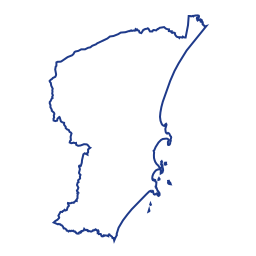 Mueang Prachuap Khiri Khan, Prachuap Khiri Khan, Thailand
{"feature_id": "78962969B124127950109", "entity_name": "Mueang Prachuap Khiri Khan", "entity_type": "district", "adm_level": 2, "iso_a3": "THA", "parent_name": "Thailand", "parent_adm1": "Prachuap Khiri Khan", "projection": "natural_earth1", "projection_center": [99.773, 11.859], "detail": "fine", "context": "isolated", "style": "outline", "palette": "blue", "viewbox_px": 256, "rotation_deg": 0, "n_neighbors": 0, "source": "geoboundaries", "source_scale": "gbopen_adm2", "svg_char_len": 5768}
<svg xmlns="http://www.w3.org/2000/svg" viewBox="0 0 256 256"><path d="M56.4,62.4L56.4,65.8L55.7,66.6L55.2,69.5L56.1,74.3L56.0,75.2L55.3,76.8L52.8,78.0L52.1,78.9L50.7,79.8L49.6,81.0L50.1,82.1L50.8,82.9L51.2,85.6L52.7,88.7L52.3,90.2L52.5,91.5L52.2,93.7L52.9,95.2L52.2,96.9L52.6,98.0L51.8,98.5L50.5,101.2L49.8,101.9L49.7,103.3L50.5,105.2L50.4,107.2L51.7,109.5L51.8,110.8L53.8,112.5L54.3,113.4L54.3,114.3L53.8,115.3L54.1,117.6L53.5,118.6L53.6,120.5L55.3,121.1L57.1,120.6L57.5,118.7L59.3,117.0L59.7,117.3L60.9,121.4L62.5,122.4L64.1,122.8L64.1,124.8L65.7,126.8L65.7,128.1L67.4,129.6L68.7,129.9L69.6,131.9L70.8,132.5L71.5,133.4L70.6,136.8L70.9,140.1L70.0,141.1L69.7,142.5L71.2,143.2L73.1,142.9L73.9,142.2L73.7,142.7L75.4,143.2L76.0,143.0L76.2,144.8L78.1,145.8L80.5,145.5L84.0,144.2L86.8,144.4L88.0,145.3L89.6,147.5L90.2,147.8L88.1,149.4L88.1,152.3L87.4,153.3L87.2,153.3L87.4,154.6L84.7,153.3L83.4,154.3L82.0,160.2L81.8,162.7L80.9,165.7L80.7,166.0L79.4,165.6L79.1,165.9L79.0,166.7L79.5,167.5L79.9,169.2L79.0,172.7L79.2,173.5L80.5,174.9L79.9,176.4L80.1,178.3L79.5,179.1L78.2,180.2L78.1,180.9L78.6,182.1L77.6,182.8L77.0,185.0L78.4,187.7L77.6,189.8L76.9,190.4L77.0,191.0L78.2,192.6L77.7,192.7L77.3,193.2L77.8,194.2L77.5,195.4L77.5,198.2L76.7,199.4L76.7,200.9L75.8,200.6L75.5,201.2L74.1,202.1L73.8,202.8L71.8,202.7L71.2,203.1L69.6,203.3L68.0,203.0L67.9,203.5L68.9,205.8L67.6,207.3L66.8,210.0L65.3,210.5L64.6,209.8L63.5,210.9L62.8,211.1L62.2,212.0L61.0,211.8L60.5,211.9L58.4,215.7L59.2,217.3L59.0,218.1L57.5,219.7L55.3,221.0L53.7,222.5L57.9,224.3L58.9,223.9L59.4,224.3L60.4,224.3L61.0,225.1L62.1,225.5L63.0,226.7L63.7,228.4L64.6,228.3L66.3,229.5L66.7,230.6L67.7,230.7L68.5,231.5L69.8,230.7L70.8,231.2L71.7,230.7L72.7,231.0L73.4,230.7L74.1,231.5L75.0,231.5L75.2,232.0L76.1,232.5L76.3,233.2L77.2,233.6L78.3,233.6L78.2,233.3L79.4,232.3L80.3,232.8L80.7,232.7L81.1,232.2L80.9,231.4L81.6,231.0L82.1,231.2L82.6,230.8L83.6,230.6L84.2,228.9L84.8,229.6L86.1,230.2L86.8,229.8L87.7,230.1L88.0,230.6L87.9,231.1L88.2,231.3L89.6,231.1L90.6,231.5L91.5,231.5L92.7,230.8L92.9,230.4L93.8,230.5L94.3,229.8L95.3,229.9L95.7,229.4L96.7,230.1L97.0,230.7L97.7,230.7L98.1,230.4L98.4,230.8L98.6,231.6L97.7,232.6L97.7,233.1L98.6,233.0L98.8,234.1L100.7,234.0L101.5,236.0L102.1,236.4L103.0,236.3L103.2,235.8L103.8,235.9L103.9,235.3L106.9,235.6L108.1,236.1L108.0,235.4L109.0,235.1L109.1,234.4L109.4,234.4L109.6,234.9L112.1,236.8L112.5,238.1L113.6,238.0L114.2,240.6L115.6,237.3L116.9,235.0L116.6,234.1L118.6,227.7L123.0,220.3L127.4,214.5L131.7,209.3L146.3,194.3L149.2,191.5L150.4,190.9L150.8,190.8L151.0,191.6L151.6,191.9L152.8,190.9L153.1,191.2L153.1,192.2L153.9,194.2L154.8,194.6L157.0,193.3L157.9,194.0L157.3,195.8L157.7,195.4L158.3,195.8L158.5,195.5L158.9,195.7L159.6,195.0L159.5,193.2L158.0,191.0L157.6,190.9L156.6,188.1L156.3,188.1L156.3,187.5L155.6,186.9L155.6,186.4L156.1,186.1L156.4,182.3L155.6,181.7L155.2,180.0L154.6,179.8L154.2,180.3L153.7,179.7L153.2,180.3L152.8,180.1L152.3,178.9L152.3,177.5L152.5,176.0L153.3,173.9L154.6,171.9L155.9,170.4L157.9,169.4L160.8,169.5L161.1,170.5L160.7,172.0L160.7,173.5L162.4,172.5L163.1,170.4L163.0,169.0L162.6,167.4L162.0,166.9L161.6,167.0L160.8,168.2L159.6,167.8L158.4,165.7L156.6,164.0L155.3,162.0L154.6,160.2L154.0,157.9L153.9,155.0L154.1,152.3L153.6,150.8L154.3,150.2L155.6,147.1L158.5,142.5L161.1,139.9L162.8,139.0L166.3,138.6L167.5,138.8L168.3,139.4L168.8,140.1L167.9,142.0L168.0,144.7L168.3,145.0L169.4,144.8L170.1,143.7L170.2,142.3L170.8,140.8L170.6,139.6L171.2,137.5L171.0,136.6L170.3,135.9L169.2,133.6L168.0,132.9L167.1,133.6L166.2,132.9L165.7,132.0L165.3,129.0L166.5,124.8L166.3,124.1L166.1,123.8L165.1,124.6L164.8,126.0L163.5,125.7L162.4,124.9L161.6,123.7L160.5,120.7L160.0,116.8L160.4,112.5L161.4,107.0L162.8,101.7L170.2,80.9L174.5,71.0L178.6,63.4L186.6,50.5L206.4,26.0L204.6,26.5L204.1,25.4L203.1,24.9L202.5,24.0L202.9,23.2L202.6,22.2L202.1,22.3L201.8,21.9L200.8,21.7L200.9,20.5L201.8,20.5L201.6,19.9L200.3,19.3L199.7,20.3L198.3,19.7L197.6,20.5L197.4,20.3L197.2,19.7L197.5,18.8L196.9,18.5L197.0,17.8L197.6,17.6L198.0,18.3L198.5,17.9L199.0,16.8L198.8,15.7L197.9,15.4L195.5,15.5L194.0,15.8L193.3,16.4L192.8,15.9L191.0,16.4L190.2,16.0L188.7,16.0L188.0,25.2L185.6,37.5L183.9,37.4L182.8,36.6L182.1,37.6L181.3,37.3L179.7,37.2L179.3,37.9L178.7,37.2L177.3,37.0L176.4,36.4L175.4,35.1L174.8,33.8L175.0,33.2L173.9,32.6L173.0,32.5L172.3,32.9L171.8,32.7L171.3,32.1L171.6,31.3L168.9,31.1L169.0,29.4L167.7,29.3L165.8,28.6L164.1,27.1L159.7,27.8L158.0,29.1L157.6,29.0L156.2,30.4L153.7,30.0L152.9,30.4L152.4,31.4L151.7,31.3L151.3,31.5L149.9,31.4L148.5,28.8L147.8,28.3L147.2,28.7L145.1,29.0L144.4,29.6L143.6,29.7L142.8,30.5L142.7,31.0L141.3,33.1L139.5,32.5L138.9,30.7L137.8,30.3L137.1,29.5L136.7,30.1L135.6,29.2L135.1,30.6L134.7,30.7L133.7,30.5L131.9,30.9L131.3,30.4L130.2,30.7L129.9,31.1L128.8,31.1L125.4,32.2L120.7,32.6L118.1,34.2L113.5,36.0L109.9,36.5L107.4,38.5L97.2,43.3L96.0,44.3L92.2,45.8L90.4,47.3L88.0,47.8L85.1,49.3L81.3,49.3L78.3,50.9L75.4,51.5L74.5,52.1L73.4,54.1L72.1,55.3L67.6,57.1L61.3,61.4L60.3,61.7L57.5,61.8L56.4,62.4ZM169.1,181.8L168.9,180.8L168.1,180.9L168.2,181.8L168.0,182.8L168.3,183.4L168.7,183.8L169.7,184.1L169.9,183.8L170.3,184.0L170.4,183.7L170.6,183.8L170.2,182.6L169.1,181.8ZM166.0,162.7L165.1,162.7L164.7,163.4L164.6,164.1L164.9,164.6L165.6,164.7L166.3,164.3L165.9,163.3L166.0,162.7ZM159.5,179.5L159.6,179.0L159.0,178.1L158.4,179.2L158.4,179.9L159.5,179.5ZM161.4,162.7L162.1,162.0L161.7,161.2L161.1,161.8L161.4,162.7ZM149.3,211.2L149.4,210.8L149.1,209.6L148.5,211.6L149.3,211.2ZM162.2,166.2L162.5,166.0L162.5,165.5L161.9,164.9L161.7,165.4L162.2,166.2ZM161.4,164.8L161.9,164.3L161.5,163.0L161.3,164.0L161.0,164.2L161.4,164.8ZM150.9,204.7L150.5,203.7L150.2,204.6L150.5,204.9L150.9,204.7Z" fill="none" stroke="#1e3a8a" stroke-width="2"/></svg>